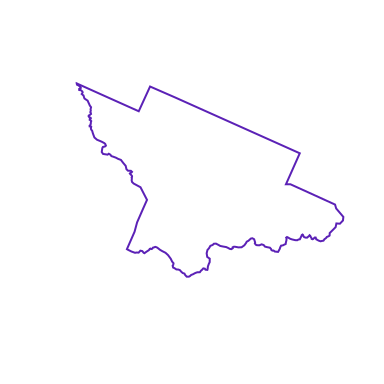 the district of Broadwater, Montana, United States of America, rotated 114°
{"feature_id": "52423323B25575586370541", "entity_name": "Broadwater", "entity_type": "district", "adm_level": 2, "iso_a3": "USA", "parent_name": "United States of America", "parent_adm1": "Montana", "projection": "orthographic", "projection_center": [-111.372, 46.308], "detail": "fine", "context": "isolated", "style": "outline", "palette": "violet", "viewbox_px": 384, "rotation_deg": 114, "n_neighbors": 0, "source": "geoboundaries", "source_scale": "gbopen_adm2", "svg_char_len": 3633}
<svg xmlns="http://www.w3.org/2000/svg" viewBox="0 0 384 384"><g transform="rotate(114 192 192)"><path d="M112.8,109.3L112.5,245.9L112.7,273.2L139.9,273.5L139.8,314.3L139.7,341.5L139.9,341.4L140.8,340.6L140.8,339.1L141.0,338.1L141.6,336.7L142.1,335.9L143.0,336.3L143.3,336.6L143.8,337.0L144.7,336.5L144.5,335.8L144.1,335.2L144.8,333.0L145.5,332.4L146.7,332.5L147.3,332.6L147.4,332.1L147.8,331.3L147.9,330.4L149.1,329.4L150.3,328.3L150.7,326.3L151.0,324.5L152.2,323.2L153.3,321.9L154.6,320.5L155.6,318.7L157.7,318.3L158.9,317.5L160.4,317.4L160.9,316.6L161.8,316.0L162.3,316.4L163.3,316.7L163.9,317.3L164.7,317.4L165.3,316.7L165.4,315.5L165.4,314.8L165.9,314.4L166.4,314.6L166.5,315.2L167.7,314.8L167.7,313.9L168.2,312.9L169.0,312.9L170.6,312.3L171.5,312.3L171.9,311.9L172.7,312.2L173.1,312.5L173.7,312.2L173.5,311.7L173.5,310.6L174.9,310.3L175.9,309.6L176.7,308.1L178.4,306.7L180.1,305.1L181.9,303.3L182.9,300.0L182.8,296.8L182.8,294.6L183.0,292.0L183.4,290.8L184.7,289.5L185.8,290.0L187.1,291.7L188.2,291.8L190.2,291.3L192.2,290.7L193.4,288.7L192.2,284.3L190.9,283.6L191.1,281.8L192.0,280.2L191.8,278.5L191.6,275.4L191.8,273.0L191.6,270.0L193.4,266.7L195.1,263.2L197.8,261.2L198.6,259.2L197.5,256.4L197.9,255.3L198.0,255.0L198.5,255.1L198.9,255.4L199.3,255.6L199.8,256.1L200.3,256.3L200.5,255.9L200.9,255.5L201.0,254.8L201.8,253.3L202.4,253.0L202.9,253.1L203.2,253.1L203.5,252.7L204.1,252.5L204.8,252.2L205.5,252.0L206.2,251.7L206.6,251.3L207.2,250.9L208.0,248.8L208.6,241.0L217.5,229.9L226.5,229.9L242.1,229.8L251.7,228.3L270.7,228.2L270.8,227.3L271.0,223.1L270.7,219.3L269.8,218.0L269.1,216.1L266.6,215.3L266.2,213.4L267.2,211.4L267.2,210.5L266.4,210.1L264.9,209.2L262.9,207.9L262.0,207.5L261.2,207.5L260.6,206.9L260.7,206.3L260.5,205.6L259.7,205.2L258.8,205.1L257.9,204.0L257.1,203.3L256.9,201.8L257.1,200.5L257.8,197.8L258.1,195.3L258.3,191.5L259.4,188.2L261.6,184.3L263.7,181.8L264.6,179.9L266.2,179.5L267.2,179.7L268.7,178.5L268.7,177.0L269.1,174.8L268.4,172.9L268.3,171.3L269.2,169.4L269.8,167.5L269.6,165.7L270.6,164.5L271.5,162.4L270.6,160.4L269.7,159.7L268.1,159.0L266.7,157.6L265.2,156.5L264.1,155.5L263.1,154.4L262.7,153.5L262.1,152.2L260.2,151.8L259.3,151.3L257.2,150.6L256.8,149.1L257.5,148.1L256.9,146.3L256.0,146.4L253.5,147.2L250.6,147.4L248.9,147.3L245.7,148.7L245.1,151.7L242.0,153.7L238.7,154.3L236.5,153.6L233.7,153.3L232.0,151.6L230.4,151.0L229.4,149.1L229.6,146.1L229.8,144.2L229.1,141.1L228.4,138.4L228.4,136.6L228.6,134.2L228.2,132.8L226.8,131.9L226.1,132.4L225.2,131.8L224.6,130.7L224.2,129.1L223.7,127.0L222.3,124.2L219.4,122.5L216.7,121.9L215.1,121.8L213.6,120.6L210.6,119.3L209.7,118.0L209.9,116.0L212.4,113.8L213.4,113.7L214.2,112.3L214.2,111.1L213.3,108.8L211.5,107.1L211.3,105.0L212.2,103.2L211.9,101.2L211.2,98.2L211.9,96.6L212.8,95.7L212.8,94.5L212.3,93.7L212.7,92.0L212.2,90.7L212.1,90.1L211.7,89.0L210.6,88.9L209.2,88.8L208.5,88.7L206.7,88.9L204.8,88.8L203.7,87.2L202.4,86.2L201.5,85.3L199.4,85.8L197.7,86.1L195.9,86.8L195.4,87.4L194.5,86.9L194.5,85.8L194.8,83.2L194.6,81.2L194.0,78.1L193.3,76.3L192.1,75.4L191.3,74.2L189.5,74.2L187.6,74.1L186.7,74.2L185.9,73.7L186.1,73.1L187.1,72.1L187.6,71.2L187.5,69.8L186.9,68.3L185.6,67.7L184.3,67.1L183.7,67.0L183.9,66.2L184.5,65.6L185.5,64.1L186.2,63.6L186.1,62.6L185.5,62.1L184.2,61.6L183.6,61.3L183.3,60.5L184.0,59.9L184.4,59.6L184.7,59.2L184.6,58.6L184.8,58.2L184.9,56.1L184.7,54.4L184.0,53.6L183.0,52.1L181.2,51.8L180.1,51.1L179.2,50.7L178.3,50.6L176.7,49.1L175.8,48.6L173.5,49.5L165.7,46.5L162.0,47.3L160.8,44.0L156.6,42.5L153.2,43.6L148.4,53.6L145.3,56.2L144.9,105.3L146.7,109.3L112.8,109.3Z" fill="none" stroke="#5b21b6" stroke-width="2"/></g></svg>